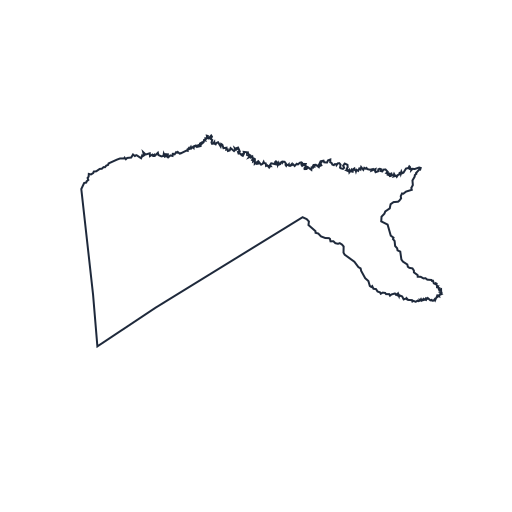 the district of Papunaua(cor. Departamental), Vaupés, Colombia, rotated 21°
{"feature_id": "7082276B69012408325747", "entity_name": "Papunaua(cor. Departamental)", "entity_type": "district", "adm_level": 2, "iso_a3": "COL", "parent_name": "Colombia", "parent_adm1": "Vaupés", "projection": "robinson", "projection_center": [-70.32, 1.617], "detail": "fine", "context": "isolated", "style": "outline", "palette": "slate", "viewbox_px": 512, "rotation_deg": 21, "n_neighbors": 0, "source": "geoboundaries", "source_scale": "gbopen_adm2", "svg_char_len": 6141}
<svg xmlns="http://www.w3.org/2000/svg" viewBox="0 0 512 512"><g transform="rotate(21 256 256)"><path d="M140.3,397.2L180.8,340.2L285.6,203.1L290.1,203.4L293.0,204.8L293.9,208.3L302.6,211.5L303.3,213.0L306.1,212.7L309.6,214.4L314.2,214.4L317.7,213.2L318.9,213.5L320.3,215.6L323.0,214.5L325.5,215.6L328.2,215.2L329.6,214.0L332.2,214.5L334.4,215.7L336.5,221.5L338.3,223.0L349.9,226.1L355.6,229.7L358.1,230.1L359.5,232.2L365.9,237.6L369.9,239.1L373.0,243.2L374.8,243.6L375.3,242.5L377.4,244.5L379.9,243.9L382.2,245.6L384.9,245.5L386.0,246.5L387.4,244.8L389.8,244.2L391.1,245.0L394.0,243.9L395.3,245.0L396.2,243.4L399.1,241.2L400.5,242.0L401.3,240.9L401.3,241.9L402.4,242.1L403.1,241.5L403.7,242.1L403.5,241.2L404.5,241.9L404.8,241.3L407.0,241.4L409.4,243.6L411.0,242.1L412.1,242.3L412.0,241.6L413.8,242.5L417.4,241.3L418.3,242.4L419.0,241.5L421.5,241.5L422.9,239.7L423.7,240.0L425.1,238.9L424.5,238.2L425.3,238.1L425.5,237.2L426.6,238.2L427.3,236.9L427.5,237.6L428.7,236.7L428.5,236.0L429.9,236.1L429.9,235.1L430.4,235.4L430.3,234.5L431.1,234.6L431.4,233.7L434.7,234.9L435.7,234.0L436.6,234.6L437.8,234.0L438.3,232.4L439.1,233.1L439.2,230.5L440.4,228.6L439.4,228.8L439.4,227.8L441.4,228.0L440.8,227.1L442.9,225.0L441.5,224.5L443.1,223.7L441.9,223.7L440.8,221.0L439.7,222.6L438.0,220.8L438.5,220.3L437.0,220.1L436.9,219.3L436.1,220.0L435.6,218.7L434.1,217.7L434.3,217.1L433.6,217.0L433.5,217.9L431.8,217.8L430.1,215.7L429.2,216.2L428.4,215.5L424.4,216.7L422.2,216.0L420.4,216.9L417.2,216.4L414.4,217.4L413.7,215.9L409.3,214.7L408.6,213.0L406.5,211.5L403.4,212.1L401.6,211.6L400.3,209.7L395.2,208.6L393.0,207.2L389.1,200.2L386.1,200.0L385.0,198.2L382.3,196.8L380.0,192.3L377.8,191.1L377.8,189.6L374.5,188.7L367.6,179.5L360.5,178.8L359.1,174.3L360.7,170.5L360.7,168.1L363.8,163.6L363.1,159.4L365.1,156.4L369.2,154.4L370.0,152.9L370.8,150.2L369.7,148.3L369.9,145.3L371.2,145.1L373.0,142.1L377.7,138.4L376.6,136.8L377.0,133.6L375.0,129.4L375.7,125.1L375.3,123.5L376.2,121.8L375.7,121.2L377.5,116.6L378.3,116.5L378.2,114.8L376.6,114.9L372.9,118.0L370.9,118.5L370.2,120.2L369.9,118.9L368.3,119.6L367.9,117.8L367.0,117.4L366.8,119.2L364.7,120.6L363.8,125.4L362.8,126.4L361.5,125.1L361.7,127.4L361.0,126.4L360.3,126.9L360.5,128.5L359.4,129.6L359.0,131.6L358.0,130.9L356.4,132.1L356.7,130.9L355.5,129.9L355.5,131.6L353.9,131.8L353.0,130.7L352.5,131.8L353.0,133.1L352.4,133.4L351.2,131.3L350.7,131.6L351.0,132.9L349.7,132.9L349.6,131.4L348.1,131.7L348.7,130.2L345.9,128.8L344.0,129.7L343.6,131.8L341.7,132.0L341.7,130.2L340.3,130.2L339.2,131.2L339.6,133.2L337.6,134.9L336.7,134.0L336.4,132.0L333.4,134.8L333.5,133.3L331.5,134.6L328.7,135.0L327.6,134.2L326.9,135.2L325.5,134.9L325.3,137.1L322.3,135.3L322.6,137.8L321.1,137.3L320.9,139.9L318.9,139.5L319.0,141.2L318.3,140.3L317.0,140.3L316.4,139.1L315.5,140.3L316.0,142.7L315.0,142.8L314.1,141.5L313.2,144.4L312.1,142.4L311.6,143.7L309.6,143.6L310.3,142.7L309.4,141.9L309.8,140.3L308.7,138.1L305.7,137.9L305.0,140.5L306.5,141.8L306.5,142.7L306.0,143.5L303.7,143.7L302.8,143.4L302.2,140.4L300.5,139.5L299.2,140.2L298.6,142.3L298.0,141.5L296.5,142.1L296.1,143.3L294.5,143.3L293.3,142.1L291.7,141.9L290.8,139.3L289.0,140.9L288.8,143.3L286.1,144.1L284.9,142.8L282.4,144.4L282.3,145.6L283.5,144.9L283.0,146.5L284.5,147.9L283.2,149.2L282.9,147.9L282.2,147.8L281.7,148.9L282.7,149.4L282.8,150.5L279.1,149.4L277.1,150.4L277.0,151.3L278.3,150.5L278.6,151.6L277.6,151.6L277.6,153.1L276.2,153.4L276.8,155.7L272.6,154.5L272.0,156.7L270.2,157.4L269.8,156.7L270.6,154.3L269.4,153.9L269.4,152.3L266.9,153.2L267.7,154.1L266.8,155.3L265.6,154.4L265.5,152.5L264.9,152.3L263.6,153.1L262.3,155.5L261.0,155.3L259.8,158.1L257.9,157.1L257.1,158.1L256.5,157.2L255.5,159.7L254.4,159.8L253.8,158.7L253.5,159.6L252.2,159.7L251.9,161.0L250.9,160.3L250.8,159.0L248.9,157.8L247.5,158.2L247.2,159.5L246.4,158.8L245.6,159.9L245.7,161.5L244.7,162.4L243.8,161.2L243.7,163.0L242.8,161.3L240.7,160.5L240.2,161.6L241.7,163.3L237.0,164.0L236.5,166.0L237.6,166.8L235.8,167.4L236.8,168.0L236.6,168.7L234.1,167.3L233.1,168.3L231.9,166.1L230.2,166.3L229.4,165.4L229.2,167.5L228.0,168.9L225.2,167.3L225.5,168.6L224.4,169.3L224.6,167.3L224.0,166.9L221.8,170.4L220.6,167.0L219.4,168.7L219.1,167.5L218.0,167.7L218.2,166.2L219.3,166.5L219.4,165.8L217.7,165.7L216.9,164.4L216.0,165.7L214.9,163.9L215.0,165.5L214.0,166.5L214.4,164.8L212.8,164.9L213.7,163.9L212.0,163.5L211.5,162.6L210.9,163.5L210.5,162.4L207.2,163.2L208.1,164.7L207.8,167.2L206.8,167.1L206.7,165.8L205.5,166.6L204.2,165.9L203.0,166.6L201.9,165.3L203.2,164.0L200.4,161.2L199.5,162.0L200.1,162.9L199.7,163.6L197.5,162.9L198.6,164.3L197.9,165.9L193.6,164.4L193.6,166.9L192.2,168.0L191.3,166.6L190.1,167.4L189.6,165.5L187.0,167.0L184.7,164.2L183.3,163.9L183.7,166.4L179.8,163.4L178.4,164.9L178.3,166.2L176.9,166.0L176.2,164.5L175.6,166.6L174.7,167.0L173.8,166.0L173.6,163.4L171.7,162.9L172.1,160.4L171.0,159.6L169.7,163.1L168.5,162.6L168.0,161.2L167.0,161.3L168.3,163.5L166.6,164.2L167.2,165.1L166.3,165.9L167.0,166.4L166.0,166.6L166.3,168.6L164.9,171.1L164.5,169.7L163.4,171.1L163.9,172.9L164.7,172.6L164.9,173.2L162.1,175.1L162.0,174.4L163.0,173.8L162.5,173.2L160.2,175.2L159.9,174.7L158.6,175.9L159.0,177.4L158.0,176.9L157.1,178.6L156.2,177.6L156.0,179.5L155.2,180.2L154.6,179.4L154.1,180.9L153.6,180.3L154.5,182.3L153.3,182.5L149.3,186.8L148.6,186.2L149.0,187.1L148.1,187.8L145.6,186.9L145.3,187.6L146.1,188.0L144.2,187.7L143.6,190.3L142.2,190.7L141.5,189.6L142.2,192.5L140.0,192.8L138.6,195.5L137.8,195.3L137.3,192.7L135.3,193.3L136.2,194.9L135.3,195.9L133.3,193.7L133.7,195.8L132.0,196.9L128.7,196.7L127.4,194.8L125.6,198.9L124.4,199.4L124.3,198.4L123.8,199.0L122.9,198.5L121.2,200.7L120.0,198.2L116.6,200.8L113.5,199.5L115.4,202.2L114.5,203.4L113.7,203.0L113.7,205.9L108.9,204.8L108.0,204.8L107.1,206.1L104.8,205.3L104.2,208.8L100.6,210.6L99.8,212.3L98.1,211.3L97.9,212.2L94.1,213.7L91.7,215.8L85.2,222.4L85.3,223.9L83.8,225.3L83.2,227.2L81.8,227.7L80.8,229.8L78.9,230.7L76.5,234.2L74.3,235.3L74.3,236.9L72.7,239.0L70.5,239.3L71.3,241.9L70.8,243.5L72.2,245.1L71.1,247.0L71.2,248.3L69.4,249.4L68.9,256.1L117.8,350.6L140.3,397.2Z" fill="none" stroke="#1e293b" stroke-width="2"/></g></svg>